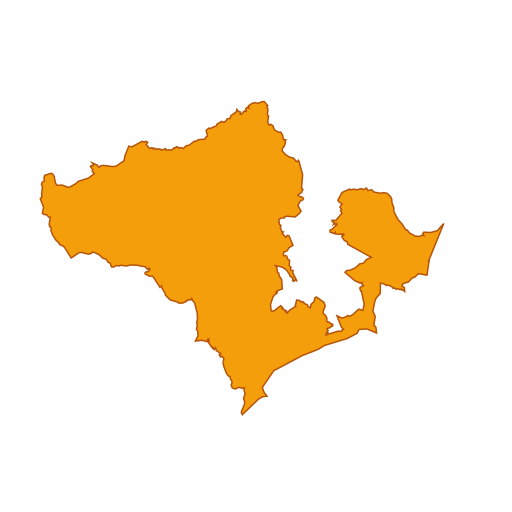 outline of Zapotitlán, Puebla, Mexico, rotated 251°
{"feature_id": "50627088B75736372567986", "entity_name": "Zapotitlán", "entity_type": "district", "adm_level": 2, "iso_a3": "MEX", "parent_name": "Mexico", "parent_adm1": "Puebla", "projection": "mercator", "projection_center": [-97.535, 18.262], "detail": "fine", "context": "isolated", "style": "filled", "palette": "amber", "viewbox_px": 512, "rotation_deg": 251, "n_neighbors": 0, "source": "geoboundaries", "source_scale": "gbopen_adm2", "svg_char_len": 6122}
<svg xmlns="http://www.w3.org/2000/svg" viewBox="0 0 512 512"><g transform="rotate(251 256 256)"><path d="M225.6,444.1L220.9,435.7L221.4,428.6L223.9,422.5L223.0,421.0L220.6,421.4L221.5,419.9L221.4,416.3L223.2,412.8L227.9,408.6L231.4,407.4L231.9,406.1L239.0,404.4L244.0,402.2L252.9,400.8L256.7,402.0L262.2,401.9L265.3,402.8L268.2,402.6L272.6,400.4L274.3,397.3L274.9,394.0L278.0,388.4L280.9,387.0L281.6,383.0L284.3,382.6L283.8,379.2L285.4,377.6L285.9,372.4L287.3,370.5L287.8,366.7L288.8,366.4L288.1,358.1L282.1,351.6L280.2,352.0L277.4,354.3L274.8,351.2L272.0,352.2L271.5,350.8L268.4,351.0L263.7,343.1L265.0,339.5L263.8,339.2L262.0,341.0L260.6,339.5L260.9,341.2L259.7,341.7L260.1,343.0L259.4,342.8L256.4,336.2L256.4,334.4L254.4,333.9L252.1,336.8L252.7,338.5L251.4,337.8L249.4,341.6L249.1,343.9L247.9,344.3L248.4,346.0L247.3,345.9L246.7,343.6L245.2,343.6L241.8,344.7L239.6,346.9L237.2,346.6L217.2,364.6L216.7,359.1L214.2,355.4L214.8,351.6L212.5,346.1L211.9,340.7L212.7,337.1L211.6,334.8L200.6,341.3L196.7,345.3L196.4,347.6L195.4,346.8L192.8,347.9L192.5,344.2L190.9,343.5L188.8,343.7L188.7,344.3L175.1,342.6L169.8,339.3L172.3,335.8L169.2,328.7L168.5,325.0L169.9,323.3L169.2,321.5L169.3,317.2L173.1,313.1L161.7,313.5L158.1,314.7L158.0,313.1L156.9,312.3L158.2,309.1L158.6,296.4L160.0,297.7L160.2,299.0L161.0,298.2L162.0,299.9L164.3,299.4L164.1,303.2L164.9,304.0L164.9,305.6L165.8,305.2L166.4,306.3L168.5,304.0L169.9,303.6L170.0,302.3L172.1,301.7L173.9,302.8L177.3,302.4L179.4,301.0L181.2,301.1L186.3,305.2L190.0,305.2L197.5,299.9L197.4,298.3L194.0,296.0L192.4,292.3L189.4,290.6L190.7,289.0L193.1,288.7L195.3,286.3L196.9,286.0L197.7,285.2L197.5,284.0L199.9,282.6L201.1,280.1L196.3,277.0L195.6,277.3L193.8,270.2L191.8,266.9L194.0,265.6L194.1,266.9L197.8,263.6L197.9,264.4L198.8,264.3L201.0,263.2L198.2,255.0L198.7,253.0L200.5,252.7L205.6,254.0L211.1,258.2L212.9,260.3L214.0,263.8L215.3,264.3L215.3,263.3L216.1,264.0L216.3,270.1L225.1,272.6L230.2,271.4L232.2,272.0L233.5,271.0L238.2,271.9L240.6,271.2L237.3,276.7L233.9,279.7L228.9,281.5L225.7,281.7L223.2,283.6L220.7,282.6L219.6,283.5L220.7,285.2L218.8,286.6L228.1,285.3L230.3,286.3L230.9,284.5L232.0,284.0L233.8,285.4L236.1,284.3L240.7,286.3L242.7,285.0L245.9,285.0L246.9,283.9L246.9,282.5L247.8,282.1L250.6,283.5L250.7,287.0L253.1,289.9L254.0,294.4L264.3,293.8L265.3,292.2L264.0,290.2L268.9,288.2L269.8,289.7L270.6,288.4L274.6,288.2L277.0,289.5L278.0,288.4L283.1,289.4L283.7,292.5L282.7,295.2L283.7,295.7L283.7,297.8L280.2,305.8L281.9,310.4L283.8,313.2L290.3,312.1L293.7,316.1L293.7,318.2L294.7,319.6L296.3,319.2L298.4,316.2L299.9,315.4L301.6,320.3L302.9,320.8L303.5,322.0L305.4,321.1L317.5,326.5L330.9,327.4L332.6,327.3L331.9,326.2L332.4,324.9L336.4,323.3L338.5,319.9L341.8,317.2L347.0,314.9L349.8,316.6L350.3,318.2L353.7,320.8L355.6,320.9L356.0,322.0L357.3,319.9L361.6,320.5L365.1,319.7L365.7,317.7L368.3,315.3L369.7,314.5L373.7,314.4L375.9,312.5L375.4,311.6L376.3,310.7L379.3,310.8L384.2,313.5L385.6,312.6L390.3,314.9L394.0,315.0L394.3,316.0L399.2,314.2L399.9,312.5L399.8,307.7L401.5,304.2L401.6,301.9L400.4,297.7L398.3,297.4L399.4,296.4L398.7,294.3L395.9,293.8L396.9,292.1L394.7,288.3L395.3,287.2L397.2,288.2L398.4,286.5L400.8,285.7L398.6,284.1L396.9,278.1L394.6,276.2L395.0,273.2L393.0,270.9L393.7,267.6L394.5,267.2L393.3,261.9L392.0,261.1L391.5,253.8L392.3,253.1L391.0,249.7L385.2,249.2L384.5,246.9L383.1,245.8L384.7,239.7L384.0,235.8L384.7,235.0L382.6,229.2L382.9,225.6L381.3,222.3L383.2,219.9L383.0,217.9L384.5,217.6L385.3,216.3L384.1,214.8L385.0,213.9L383.5,210.6L384.8,208.3L385.2,205.4L387.0,205.4L386.8,201.1L388.0,200.5L389.4,198.0L389.5,195.8L390.6,195.5L391.7,193.6L391.0,193.3L392.3,192.4L392.5,190.2L397.2,188.5L398.8,190.6L400.4,189.1L399.9,187.8L401.5,185.6L399.6,174.1L401.3,171.5L393.5,164.8L389.0,162.3L386.5,152.8L387.3,149.4L391.5,140.9L391.8,138.6L391.0,136.7L392.2,135.6L393.4,135.7L397.4,131.4L395.0,132.1L394.4,131.5L395.1,129.3L394.3,128.5L390.7,129.8L389.4,128.7L386.6,130.0L384.2,122.9L384.5,112.5L383.1,109.3L381.8,102.2L382.1,100.7L386.1,96.0L387.7,90.8L390.5,90.1L396.9,91.1L399.9,90.4L400.9,89.3L401.1,82.6L399.2,81.1L396.0,80.4L395.1,77.6L393.7,76.5L390.9,76.6L383.4,73.1L381.6,73.0L380.5,70.7L371.3,71.0L365.9,67.9L364.3,69.1L363.1,71.4L360.1,72.8L359.7,74.1L353.0,70.6L351.8,71.0L351.1,70.4L349.2,71.6L347.0,70.4L341.7,70.6L335.5,72.2L332.6,74.0L331.7,73.7L329.3,75.3L328.6,76.7L326.0,77.9L314.3,80.6L316.8,90.0L316.0,92.5L312.3,98.1L312.0,100.5L312.9,102.5L312.2,104.1L308.1,108.2L303.6,110.5L302.0,113.2L298.0,114.2L296.6,116.0L293.8,115.6L292.4,116.2L291.9,118.3L292.6,120.9L291.1,123.2L291.3,125.1L288.7,130.3L288.4,134.1L286.1,140.3L281.7,148.0L278.7,148.9L279.2,151.2L278.1,151.4L276.2,148.8L276.8,146.8L276.4,145.7L275.1,145.4L271.6,148.7L270.5,151.8L257.7,155.0L258.5,157.0L256.2,156.6L250.7,157.9L248.5,157.6L242.3,160.6L238.0,166.9L236.6,167.7L235.4,171.0L235.7,175.5L236.8,176.0L235.8,180.0L236.8,181.4L234.7,181.4L231.9,182.7L220.9,181.8L215.1,180.0L212.6,178.3L209.9,178.0L206.0,175.8L203.8,176.4L199.5,175.2L195.3,171.0L193.9,177.4L190.6,182.4L192.9,183.1L193.0,184.4L189.0,183.1L183.9,184.5L183.7,185.5L182.6,185.0L182.5,185.8L181.2,186.0L182.4,187.9L179.4,187.7L174.8,191.2L175.7,190.3L174.7,190.3L174.5,189.1L172.0,189.7L172.3,191.1L169.8,192.3L165.5,190.0L161.7,189.6L154.2,189.9L151.1,191.1L150.6,192.2L147.8,191.8L145.9,192.5L143.7,191.9L142.1,190.5L139.0,190.6L137.0,193.0L137.4,196.3L136.6,198.8L135.3,199.7L135.3,202.1L132.5,200.9L129.7,201.0L125.3,197.8L122.7,198.0L119.8,197.0L113.1,191.2L110.4,191.4L119.8,211.5L120.8,216.3L119.9,220.8L124.6,219.2L129.7,219.2L141.8,235.5L146.8,267.4L147.5,284.3L149.1,291.6L148.3,315.6L150.0,326.4L153.0,329.5L150.9,337.2L143.9,344.9L149.9,346.2L152.2,344.9L159.9,349.0L165.8,348.6L174.0,353.3L177.1,355.9L180.1,361.3L189.8,364.8L187.7,368.4L186.0,369.3L185.1,372.0L182.4,374.7L180.9,375.0L180.8,376.3L178.9,377.7L179.0,379.4L177.6,380.7L177.4,382.4L176.2,382.9L176.4,383.8L174.1,385.0L177.7,386.0L180.1,384.2L182.1,386.0L181.8,391.6L184.4,396.6L184.4,399.4L186.4,403.8L182.2,411.4L194.7,417.9L194.2,416.8L225.6,444.1Z" fill="#f59e0b" stroke="#b45309" stroke-width="1.5"/></g></svg>